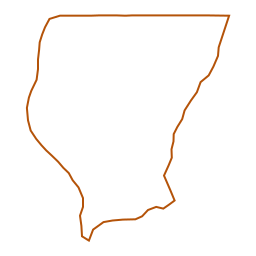 Valparaíso de Goiás, Goiás, Brazil (Robinson projection)
{"feature_id": "56859067B60747334875226", "entity_name": "Valparaíso de Goiás", "entity_type": "district", "adm_level": 2, "iso_a3": "BRA", "parent_name": "Brazil", "parent_adm1": "Goiás", "projection": "robinson", "projection_center": [-47.989, -16.094], "detail": "fine", "context": "isolated", "style": "outline", "palette": "amber", "viewbox_px": 256, "rotation_deg": 0, "n_neighbors": 0, "source": "geoboundaries", "source_scale": "gbopen_adm2", "svg_char_len": 947}
<svg xmlns="http://www.w3.org/2000/svg" viewBox="0 0 256 256"><path d="M229.1,15.7L207.2,15.4L195.0,15.4L186.8,15.4L177.1,15.4L167.3,15.4L154.5,15.4L142.3,15.4L132.1,15.4L125.4,15.7L116.6,15.4L107.7,15.4L99.1,15.4L90.4,15.7L76.1,15.7L67.7,15.7L59.9,15.7L49.5,18.9L45.0,27.3L42.2,34.4L39.7,42.3L39.1,49.9L38.0,59.5L38.0,69.1L36.6,79.8L31.3,90.8L28.9,97.6L26.9,107.9L28.0,120.3L30.7,130.6L36.2,138.9L41.5,145.3L46.2,150.4L51.8,155.6L58.1,161.7L63.4,167.9L68.8,173.1L72.7,180.3L78.5,187.4L83.0,198.1L83.0,206.9L80.0,215.7L81.4,225.9L82.0,236.3L88.9,240.6L93.1,229.6L103.5,222.1L112.6,220.5L123.0,219.6L135.4,219.3L142.1,216.3L148.0,210.0L156.2,206.9L163.3,208.6L169.1,204.6L174.6,200.5L170.2,189.9L164.0,175.6L168.7,165.2L171.8,157.7L171.5,149.3L173.5,141.4L173.7,134.1L177.3,127.0L182.2,119.1L184.6,110.4L191.0,100.4L196.9,92.2L200.6,82.1L208.7,75.4L213.4,66.6L218.0,55.9L218.7,47.3L229.1,15.7Z" fill="none" stroke="#b45309" stroke-width="2"/></svg>